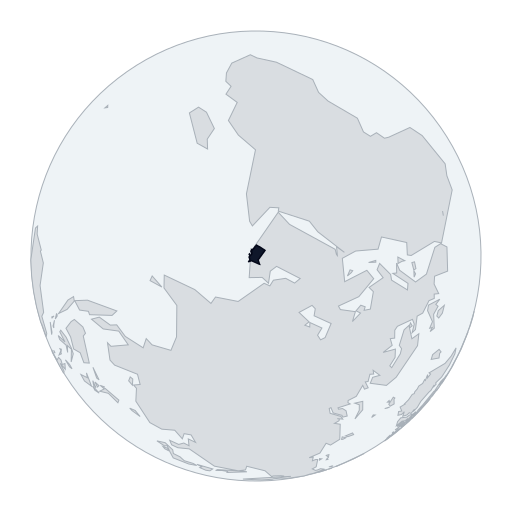 Dhofar highlighted on a globe, orthographic projection, rotated 145°
{"feature_id": "OMN-2411", "entity_name": "Dhofar", "entity_type": "Province", "adm_level": 1, "iso_a3": "OMN", "parent_name": "Oman", "parent_adm1": "", "projection": "orthographic", "projection_center": [54.841, 18.87], "detail": "fine", "context": "on_globe", "style": "filled", "palette": "ink", "viewbox_px": 512, "rotation_deg": 145, "n_neighbors": 0, "source": "natural_earth", "source_scale": "10m", "svg_char_len": 11365}
<svg xmlns="http://www.w3.org/2000/svg" viewBox="0 0 512 512"><g transform="rotate(145 256 256)"><circle cx="256" cy="256" r="225" fill="#eef3f6" stroke="#a8b0b8"/><path d="M318.9,39.7L319.2,39.8L315.4,38.7L318.9,39.7ZM310.5,37.4L311.2,37.8L293.5,34.1L280.6,32.1L310.5,37.4ZM214.3,34.6L214.6,34.6L219.2,33.8L221.1,33.6L219.4,34.0L213.7,34.9L211.2,35.3L209.1,35.7L209.2,35.8L202.5,37.2L206.6,36.5L199.1,38.3L195.4,39.1L199.1,38.0L214.3,34.6ZM177.0,45.0L174.6,45.9L166.1,49.5L159.8,52.3L155.9,54.2L158.9,53.1L144.4,60.5L129.9,69.8L126.5,72.0L125.4,72.4L141.8,61.8L159.0,52.7L177.0,45.0ZM328.2,42.6L328.3,42.6L328.0,42.5L328.2,42.6ZM327.5,42.4L329.4,43.5L333.9,45.1L322.1,42.0L324.4,41.6L320.6,40.2L324.9,41.6L327.5,42.4ZM221.3,33.4L216.4,34.2L222.0,33.3L221.3,33.4ZM242.9,31.1L248.9,30.8L244.8,31.2L238.6,31.6L235.3,31.7L236.3,31.9L224.5,32.9L227.3,32.6L242.9,31.1ZM315.3,40.4L314.2,40.5L313.3,39.8L315.3,40.4ZM222.2,33.5L224.6,33.0L230.4,32.5L226.6,33.3L226.0,33.2L222.2,33.5ZM254.2,30.7L256.9,30.7L254.7,30.9L255.7,31.1L245.3,31.2L252.7,30.7L254.2,30.7ZM223.8,33.5L224.6,33.8L220.4,34.6L220.3,33.9L223.8,33.5ZM233.4,32.1L235.9,31.9L233.3,32.2L233.4,32.1ZM205.9,38.2L208.6,37.2L211.8,36.8L205.9,38.2ZM225.2,33.9L226.6,33.7L228.2,33.5L227.8,33.9L225.2,33.9ZM244.4,31.5L242.7,31.8L248.6,31.5L247.1,31.9L240.3,32.1L242.6,32.2L242.2,32.4L237.2,32.4L244.4,31.5ZM232.2,33.9L223.1,34.9L217.4,36.5L214.3,36.8L224.1,34.2L232.2,33.9ZM235.6,33.0L232.8,33.6L230.4,33.5L230.9,33.0L235.6,33.0ZM248.5,32.4L252.5,31.5L253.8,31.6L248.5,32.4ZM231.0,34.3L233.2,34.1L230.8,34.5L231.0,34.3ZM243.6,32.9L244.9,32.5L246.4,32.5L243.6,32.9ZM236.6,34.3L233.7,34.4L233.9,34.0L236.6,34.3ZM240.2,33.6L241.9,33.8L235.7,33.8L240.5,33.4L240.2,33.6ZM244.8,33.0L246.1,32.9L244.1,33.2L244.8,33.0ZM237.5,36.0L229.6,36.1L230.0,35.0L237.7,35.0L237.5,36.0ZM50.8,259.3L48.2,223.0L53.6,212.3L57.4,197.6L96.5,160.3L101.5,165.6L128.6,167.4L131.4,170.1L124.8,180.6L142.3,199.6L152.1,191.6L171.5,202.9L186.6,204.6L198.1,184.1L173.4,180.7L172.6,169.9L195.1,163.7L217.2,167.7L217.6,163.7L206.5,153.4L214.6,147.0L203.1,149.3L205.5,153.7L198.4,155.6L195.7,151.8L198.6,149.5L192.8,146.9L180.3,159.5L181.4,165.4L164.3,165.3L164.7,175.3L159.0,179.0L156.3,163.6L158.8,158.5L151.4,141.3L147.2,146.4L153.9,163.3L150.5,161.4L144.9,169.6L146.5,161.9L140.2,143.2L126.8,143.4L104.5,160.5L97.7,160.2L94.4,153.9L107.7,133.7L121.3,137.0L126.2,130.9L127.9,120.4L131.9,122.6L134.3,119.0L139.9,120.2L152.2,113.6L158.5,114.3L167.6,104.3L172.1,103.6L165.4,109.5L164.2,114.4L180.5,117.3L184.9,115.6L189.5,109.2L193.4,111.3L195.7,104.7L207.2,104.1L195.2,99.8L200.2,93.2L209.4,89.3L208.9,86.7L193.9,93.1L189.9,96.6L189.9,100.6L177.0,110.6L170.5,111.4L175.8,98.8L167.2,98.9L175.1,89.9L210.7,76.3L223.4,75.2L235.4,86.2L230.0,89.7L223.0,87.2L225.6,95.2L227.3,91.8L230.5,93.8L236.2,88.9L238.7,90.2L239.7,83.7L243.5,84.7L242.8,88.8L254.4,83.5L263.4,84.8L264.8,83.1L263.7,80.8L275.9,84.6L276.3,83.2L272.6,81.4L271.0,77.6L273.1,72.6L277.2,74.2L277.0,76.2L282.8,83.2L281.6,88.8L283.5,89.1L285.5,84.6L278.5,75.9L278.5,72.6L282.7,76.2L281.2,74.6L282.5,73.4L287.7,73.9L283.5,69.9L292.5,57.8L303.4,58.4L306.0,62.4L316.7,57.9L328.1,60.3L324.5,58.4L327.3,55.9L323.7,55.0L322.2,53.9L327.6,48.8L332.0,49.3L330.3,46.3L328.5,45.5L325.2,44.8L322.1,42.0L333.9,45.1L337.4,46.6L342.4,48.1L349.7,51.7L358.0,55.9L363.1,59.9L369.3,63.4L370.5,63.7L379.8,69.2L394.7,80.8L377.2,70.0L353.8,55.5L362.9,60.9L359.2,59.6L361.4,61.6L367.9,65.9L369.7,66.4L371.8,74.9L384.2,89.1L387.3,86.8L393.7,90.2L410.6,107.7L421.3,136.3L430.0,143.8L433.4,149.7L432.4,154.5L427.4,146.0L422.4,144.2L419.7,139.0L416.4,145.0L412.4,138.0L411.8,146.7L416.8,151.7L421.2,148.5L422.5,159.9L432.5,168.2L438.5,180.4L437.7,206.0L429.8,216.2L430.3,220.5L424.6,217.2L420.9,227.1L434.4,247.7L435.3,254.5L427.4,270.1L426.6,265.2L411.6,256.5L411.5,273.2L423.0,283.9L427.0,298.6L419.4,295.8L415.0,283.0L409.6,279.5L409.2,265.1L401.1,245.5L393.3,251.3L392.1,242.8L379.8,227.5L367.5,235.3L349.2,260.9L349.7,282.6L342.1,293.0L325.4,263.6L320.1,243.0L312.7,245.6L296.7,229.0L265.0,229.0L261.8,223.6L255.6,226.2L244.5,220.7L239.9,211.7L232.7,212.2L245.1,235.7L253.0,235.4L261.4,226.5L263.2,234.9L274.0,242.2L257.6,262.5L212.7,279.1L210.4,262.7L187.3,216.1L189.2,211.2L189.2,210.6L189.1,209.6L184.7,217.4L181.5,208.3L191.5,240.4L192.3,253.9L212.0,280.0L209.7,282.4L216.7,287.9L241.7,282.7L241.3,288.1L228.2,312.4L195.5,343.3L201.1,365.2L200.9,382.8L183.3,392.6L187.8,405.8L179.1,409.3L180.5,416.4L175.2,422.9L165.2,427.9L145.2,424.1L141.6,417.7L128.1,403.0L108.3,368.0L110.9,354.1L108.1,341.6L93.9,310.7L96.8,296.0L93.6,288.4L86.6,287.9L83.2,278.8L79.2,277.2L56.2,273.0L50.8,259.3ZM79.4,181.6L77.4,185.8L79.4,181.6ZM238.4,183.4L253.1,185.1L250.3,171.6L255.7,171.3L252.7,167.0L250.0,170.6L243.3,159.2L251.0,155.8L251.2,150.3L246.2,149.5L233.2,157.6L242.7,173.7L237.7,178.8L238.4,183.4ZM120.4,76.1L125.2,72.9L120.9,75.8L114.6,80.9L108.9,85.6L112.9,82.2L111.5,83.2L114.0,81.1L120.4,76.1ZM141.9,100.4L142.3,103.1L138.0,106.7L130.0,107.6L136.1,102.3L141.9,100.4ZM143.9,106.4L151.4,94.6L156.7,94.2L152.5,96.3L155.2,97.2L149.1,101.0L146.8,112.8L142.9,116.8L130.2,115.2L136.5,113.2L135.7,110.4L143.9,106.4ZM161.3,71.0L164.6,67.5L171.8,70.8L167.9,73.9L159.6,74.5L159.4,71.3L161.3,71.0ZM189.9,41.1L190.7,40.7L192.2,40.3L192.8,40.4L189.9,41.1ZM206.9,37.8L188.0,43.1L187.9,42.7L176.9,47.1L172.5,48.0L179.8,44.9L168.2,49.3L173.0,47.0L165.1,50.2L181.8,43.4L185.7,42.0L183.1,43.1L187.0,42.2L189.8,41.4L200.8,38.4L211.1,35.5L216.6,34.8L217.8,35.0L216.2,35.6L213.1,35.8L213.1,36.4L207.4,37.2L206.9,37.8ZM228.4,46.8L225.5,45.4L224.6,49.6L218.9,49.2L219.2,49.7L213.6,50.7L207.4,53.0L205.3,52.5L203.8,53.7L200.1,54.6L197.3,56.1L192.6,56.0L188.8,58.0L188.7,56.9L183.4,60.4L185.3,57.8L180.7,59.2L181.3,61.0L162.7,59.6L153.5,62.1L144.8,66.0L149.2,61.8L160.0,55.8L173.3,50.4L181.6,49.0L182.0,47.7L186.1,46.8L184.0,48.2L189.7,45.6L192.5,45.3L204.3,42.4L210.7,39.5L215.2,38.6L214.1,39.6L219.3,38.1L220.3,39.7L223.5,39.2L227.7,40.6L223.8,43.4L227.7,42.7L231.1,44.1L228.4,46.8ZM238.4,36.4L235.0,39.1L230.2,40.4L224.9,37.5L221.8,37.7L218.2,36.6L225.3,34.9L225.6,35.3L227.6,35.3L224.6,35.8L228.5,35.5L229.2,36.2L232.4,36.2L230.4,37.0L238.4,36.4ZM136.8,166.8L139.4,167.9L143.9,168.4L140.4,173.8L136.8,166.8ZM132.2,154.0L134.8,153.9L132.1,161.2L129.5,160.3L132.2,154.0ZM138.6,148.0L135.2,153.3L135.5,149.9L138.6,148.0ZM168.1,109.2L171.2,109.0L170.6,110.6L167.8,112.6L168.1,109.2ZM224.5,61.6L223.7,60.0L225.1,59.5L227.7,55.6L232.1,56.0L232.3,58.4L224.5,61.6ZM192.6,187.2L186.9,190.7L185.2,188.5L187.5,187.7L192.6,187.2ZM161.4,182.2L167.5,186.1L160.4,183.7L161.4,182.2ZM229.8,61.3L230.3,59.6L232.2,60.9L229.8,61.3ZM235.5,56.1L238.1,57.2L233.0,55.6L235.5,56.1ZM292.3,462.7L294.8,464.0L291.0,464.4L292.3,462.7ZM239.5,382.1L228.5,411.4L217.7,410.9L214.1,402.2L217.0,384.3L228.9,379.7L234.3,371.4L239.5,382.1ZM455.9,322.7L458.6,322.2L458.3,323.2L455.9,322.7ZM453.2,320.9L456.6,319.5L452.3,323.4L453.2,320.9ZM457.9,319.0L461.4,315.3L462.9,313.0L462.4,315.1L457.9,319.0ZM450.7,322.1L435.3,327.8L428.7,327.4L430.7,323.3L441.4,320.6L450.7,322.1ZM430.1,323.4L419.4,316.5L401.5,290.8L408.0,289.9L426.0,303.4L425.0,306.8L431.5,312.9L430.1,323.4ZM454.3,296.0L453.1,305.8L445.1,308.3L441.2,308.2L438.5,297.2L440.0,290.5L443.4,289.5L454.0,263.9L458.2,267.3L455.5,277.6L458.7,284.4L454.3,296.0ZM350.9,284.5L356.9,296.6L352.5,299.2L350.9,284.5ZM456.5,247.4L453.4,258.4L455.6,244.5L456.5,247.4ZM456.7,234.9L457.8,239.4L455.3,235.8L456.7,234.9ZM431.9,226.8L428.4,229.1L427.5,225.9L431.3,221.1L431.9,226.8ZM443.0,191.0L446.2,200.4L446.7,203.8L443.6,198.8L443.0,191.0ZM268.4,65.8L259.9,70.4L256.7,74.9L259.5,78.8L251.9,75.7L256.8,68.8L268.4,65.8ZM289.1,58.4L286.6,55.6L290.0,56.0L291.1,56.7L289.1,58.4ZM285.9,57.3L278.4,55.7L278.5,53.7L284.4,55.3L285.9,57.3ZM253.9,57.4L251.1,58.6L249.6,57.4L253.9,57.4ZM442.7,382.0L442.8,381.9L420.6,405.4L417.7,405.8L422.7,399.5L428.5,384.0L429.8,383.7L434.2,372.3L449.8,355.7L462.3,331.6L466.0,329.5L471.8,312.6L474.1,310.2L470.7,322.6L470.3,325.4L464.9,340.3L458.5,354.7L451.1,368.6L442.7,382.0ZM462.4,320.0L466.8,310.6L468.5,308.8L462.4,320.0ZM478.1,293.9L477.1,296.3L478.1,290.9L478.7,284.8L475.9,286.2L475.4,282.7L476.9,278.3L474.2,277.5L477.2,272.6L477.9,280.4L479.3,271.7L480.5,270.5L480.8,270.7L478.1,293.9ZM476.1,292.3L476.5,291.8L475.8,294.9L476.1,292.3ZM470.1,289.9L469.8,292.5L468.9,291.3L470.1,289.9ZM471.5,287.5L474.1,287.9L471.1,289.8L471.5,287.5ZM460.7,285.5L461.9,290.8L465.6,285.0L462.7,291.9L464.7,300.2L463.6,304.3L461.8,295.2L460.2,306.5L458.5,307.2L458.1,298.4L460.1,286.2L461.8,280.7L468.2,275.2L460.7,285.5ZM471.7,280.3L470.9,274.1L471.4,269.1L472.3,272.1L471.7,280.3ZM467.4,259.4L464.0,253.1L461.9,257.5L465.4,243.7L468.2,252.0L467.4,259.4ZM463.1,243.5L461.2,247.5L462.6,239.8L463.1,243.5ZM460.2,245.2L459.0,239.9L461.0,239.6L460.2,245.2ZM464.3,243.1L463.1,233.6L465.0,238.5L464.3,243.1ZM455.7,228.2L461.6,234.9L455.5,234.0L451.0,216.6L453.3,215.0L455.7,228.2ZM441.5,153.4L438.6,149.1L439.5,147.0L441.3,150.5L441.5,153.4ZM439.6,138.1L438.8,145.1L437.6,151.6L439.9,153.0L443.2,161.4L437.5,155.2L435.4,145.0L437.0,141.6L433.4,135.0L432.2,129.5L426.5,122.2L424.7,118.4L430.4,124.2L439.6,138.1ZM423.9,119.2L413.6,106.4L417.0,106.5L420.0,109.3L423.4,114.9L421.4,114.5L423.9,119.2ZM412.1,103.5L410.0,103.1L390.4,87.5L387.2,84.4L403.9,95.3L402.8,95.8L407.0,99.9L412.1,103.5ZM316.6,41.2L314.4,40.5L316.5,40.9L316.6,41.2ZM320.2,53.6L318.6,52.2L321.1,52.4L320.2,53.6ZM315.3,48.8L313.6,49.5L313.7,48.1L315.3,48.8ZM310.2,51.5L312.2,49.5L312.8,52.4L310.2,51.5Z" fill="#d9dde1" stroke="#a8b0b8" stroke-width="1"/><path d="M245.4,255.5L245.4,255.4L245.8,255.3L246.4,255.1L247.1,254.8L247.7,254.6L248.3,254.4L249.0,254.2L249.6,254.0L250.2,253.8L250.9,253.5L251.5,253.3L252.1,253.1L252.8,252.9L253.4,252.7L254.1,252.4L254.7,252.2L255.3,252.0L256.0,251.8L256.5,251.6L256.6,251.2L256.7,250.9L256.8,250.6L257.0,250.1L257.1,249.6L257.3,249.0L257.5,248.4L257.7,247.7L257.8,247.2L257.9,247.3L262.4,254.8L265.7,255.6L264.8,255.8L264.3,255.9L263.7,256.2L263.5,256.4L263.3,256.4L263.2,256.5L262.8,257.0L262.7,257.2L262.7,257.4L262.7,257.5L262.6,257.8L262.6,258.0L262.4,258.6L262.4,258.8L262.1,259.0L261.9,259.3L261.7,259.5L261.0,259.6L260.9,259.6L260.5,259.6L260.4,259.6L260.1,259.7L260.0,259.8L259.0,259.8L258.7,259.9L258.5,260.0L258.4,260.0L258.2,260.1L258.2,260.3L258.0,260.6L257.9,260.7L257.6,261.0L257.4,261.3L257.5,261.4L257.5,261.5L257.7,261.9L257.7,262.0L257.5,262.3L257.5,262.5L257.4,262.5L257.3,262.8L257.2,262.8L257.1,263.0L256.9,263.2L256.7,263.3L256.6,263.2L256.6,263.3L256.4,263.4L256.2,263.4L256.2,263.5L255.9,263.5L255.7,263.5L255.5,263.4L255.5,263.5L255.4,263.4L255.2,263.2L254.9,263.2L254.7,263.2L254.6,263.3L254.4,263.2L254.2,263.3L254.2,263.2L253.5,263.3L253.2,263.3L252.9,263.4L252.9,263.5L252.7,263.7L252.3,263.8L252.2,263.8L251.9,263.9L251.7,264.0L251.4,264.3L250.7,264.3L250.3,264.4L249.7,264.6L249.4,264.7L249.2,264.2L248.9,263.7L248.7,263.1L248.5,262.6L248.3,262.3L248.3,262.2L248.2,262.2L248.0,261.8L247.8,261.5L247.6,261.1L247.5,260.7L247.3,260.3L247.2,259.9L247.0,259.6L246.9,259.2L246.7,258.8L246.6,258.4L246.4,258.0L246.3,257.6L246.1,257.3L245.9,256.9L245.8,256.5L245.6,256.1L245.5,255.7L245.4,255.5ZM260.6,261.1L260.6,261.3L260.3,261.4L260.2,261.4L260.3,261.2L260.5,261.2L260.6,261.1ZM259.7,261.4L259.8,261.3L259.7,261.4L259.7,261.4Z" fill="#0f172a" stroke="#020617" stroke-width="1.5"/></g></svg>